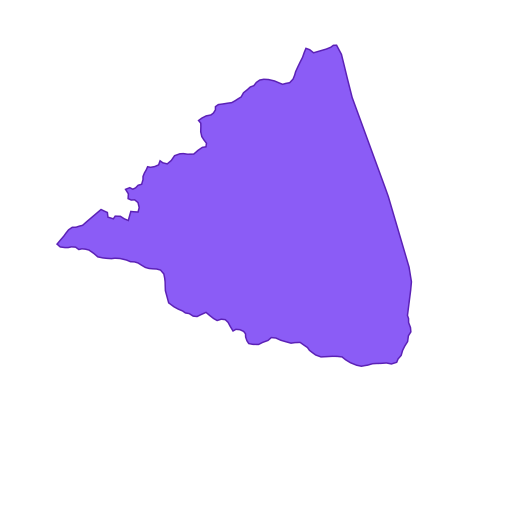 Crisópolis, Bahia, Brazil, rotated 152°
{"feature_id": "56859067B36818450033249", "entity_name": "Crisópolis", "entity_type": "district", "adm_level": 2, "iso_a3": "BRA", "parent_name": "Brazil", "parent_adm1": "Bahia", "projection": "mercator", "projection_center": [-38.126, -11.499], "detail": "fine", "context": "isolated", "style": "filled", "palette": "violet", "viewbox_px": 512, "rotation_deg": 152, "n_neighbors": 0, "source": "geoboundaries", "source_scale": "gbopen_adm2", "svg_char_len": 2727}
<svg xmlns="http://www.w3.org/2000/svg" viewBox="0 0 512 512"><g transform="rotate(152 256 256)"><path d="M426.1,359.9L424.6,355.9L420.7,353.1L417.8,351.6L414.6,350.7L411.1,348.5L409.4,344.9L406.4,344.1L403.5,342.2L400.7,339.7L397.9,334.2L396.1,329.5L392.1,326.2L388.7,323.9L384.8,321.5L381.6,320.3L377.2,317.6L372.3,313.3L369.5,309.9L366.1,307.9L363.4,305.2L361.3,301.5L359.1,297.9L356.3,295.2L353.4,293.3L349.9,291.2L346.9,288.4L345.8,283.4L347.1,279.1L348.4,275.8L350.3,272.0L352.3,267.9L353.8,261.3L355.1,255.6L352.3,249.7L349.6,245.6L346.6,241.9L345.1,238.9L342.0,236.5L339.7,232.4L336.4,230.2L332.7,230.1L326.6,229.7L324.8,225.2L322.8,220.7L320.6,217.3L316.3,216.5L313.0,214.2L311.8,210.5L311.8,205.9L311.5,200.6L308.2,200.7L304.8,198.5L302.3,195.2L301.8,192.2L303.2,189.3L303.8,185.4L303.5,182.1L300.3,179.5L295.3,176.7L290.7,176.6L285.0,175.8L280.8,176.8L277.0,174.3L273.7,170.0L269.8,166.2L266.0,162.6L262.4,161.3L257.6,159.0L255.5,154.8L253.5,151.0L253.1,147.7L251.7,144.5L249.8,140.6L246.0,136.4L240.9,134.0L235.7,131.6L231.5,129.3L227.4,126.5L225.6,122.3L222.7,117.4L218.5,112.4L214.7,109.2L211.5,108.2L208.6,107.2L203.7,106.2L200.2,104.6L196.2,102.6L191.0,100.3L187.1,97.1L181.7,96.1L178.9,98.4L174.5,100.1L170.9,103.8L167.0,106.6L162.3,109.3L158.9,114.0L154.9,116.3L153.2,120.3L152.5,125.6L150.7,129.1L150.2,132.4L135.7,152.9L130.9,160.2L126.1,174.3L111.3,246.2L110.2,253.6L98.1,340.7L96.7,350.8L91.9,370.3L88.6,383.2L85.9,393.9L85.9,404.3L88.8,405.7L91.9,405.2L96.8,405.7L109.8,408.4L111.7,412.9L114.4,415.9L117.7,413.2L121.7,409.5L125.7,406.7L130.2,403.4L134.4,400.2L137.0,397.5L140.2,394.8L144.9,393.2L148.7,394.4L151.9,395.1L154.1,397.7L157.5,401.9L162.2,406.0L166.2,408.4L170.1,409.6L174.2,409.1L177.9,407.4L181.7,407.9L185.7,406.9L190.4,406.0L194.4,403.4L198.0,403.2L201.3,402.9L205.4,402.8L209.2,404.2L213.9,405.8L218.2,407.4L221.7,406.9L223.2,404.1L226.5,402.2L229.6,401.7L234.2,403.1L238.9,403.2L243.1,402.6L242.4,399.2L243.9,396.2L246.5,391.6L247.8,386.9L247.5,383.0L246.8,378.8L248.9,375.9L252.4,377.1L257.7,376.5L263.2,375.2L268.8,378.1L272.0,380.5L275.3,382.0L280.8,382.8L286.0,380.1L291.1,379.0L294.5,382.0L296.0,385.1L299.2,382.2L303.4,382.5L307.5,383.8L309.8,385.7L312.3,383.7L315.5,381.7L318.4,379.3L319.9,376.5L323.3,373.0L326.8,373.8L330.3,372.7L333.4,372.8L335.4,375.6L339.9,376.1L339.5,370.8L342.0,366.7L339.9,364.0L336.8,362.6L335.1,358.6L336.4,353.6L339.5,350.2L343.1,352.4L345.6,354.1L348.3,351.3L352.1,347.3L354.8,350.6L357.1,354.7L361.6,357.3L364.5,355.8L368.5,359.8L366.8,364.2L369.1,367.2L371.0,369.8L388.4,366.0L394.8,364.5L397.9,365.3L401.4,365.9L404.8,367.6L409.2,367.1L412.9,365.5L416.3,363.8L420.7,362.1L426.1,359.9Z" fill="#8b5cf6" stroke="#5b21b6" stroke-width="1.5"/></g></svg>